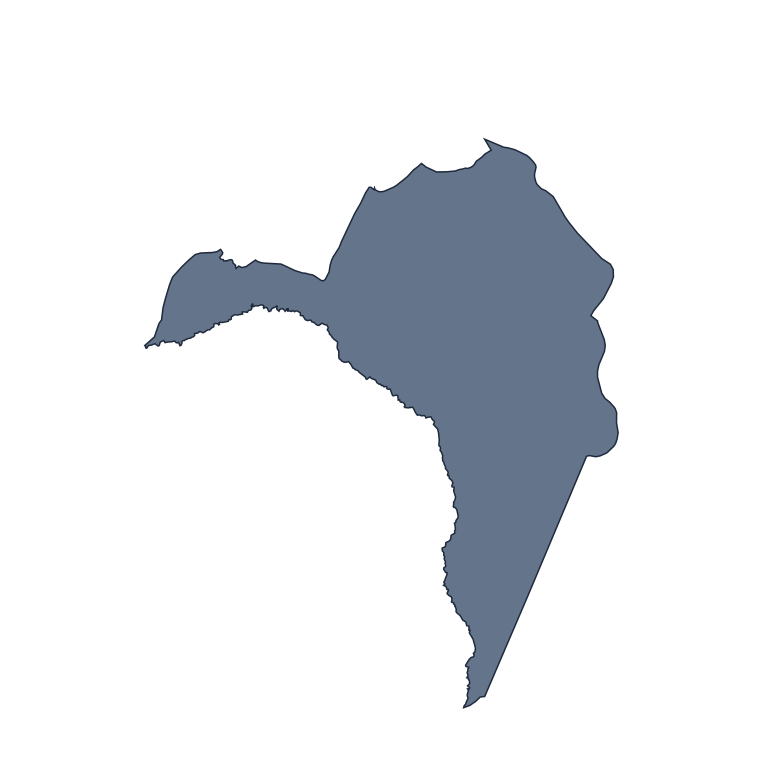 Thpong, Kâmpóng Spœ, Cambodia, rotated 203°
{"feature_id": "14789045B91455576318571", "entity_name": "Thpong", "entity_type": "district", "adm_level": 2, "iso_a3": "KHM", "parent_name": "Cambodia", "parent_adm1": "Kâmpóng Spœ", "projection": "robinson", "projection_center": [104.429, 11.759], "detail": "fine", "context": "isolated", "style": "filled", "palette": "slate", "viewbox_px": 768, "rotation_deg": 203, "n_neighbors": 0, "source": "geoboundaries", "source_scale": "gbopen_adm2", "svg_char_len": 6171}
<svg xmlns="http://www.w3.org/2000/svg" viewBox="0 0 768 768"><g transform="rotate(203 384 384)"><path d="M401.6,381.6L399.8,385.0L397.8,384.2L394.2,384.3L392.6,383.9L391.1,382.5L388.7,381.9L387.1,382.4L385.9,381.6L384.6,382.2L383.6,381.5L382.5,381.5L381.6,382.4L380.5,382.5L379.5,380.9L378.3,380.7L376.6,381.7L376.0,381.4L371.8,376.9L371.0,376.7L368.1,378.7L366.8,378.6L364.6,374.7L363.5,375.6L362.2,374.0L361.0,373.9L359.4,374.4L358.1,374.1L356.2,372.7L356.5,371.0L355.6,370.5L351.8,371.7L351.4,372.5L350.5,372.6L348.6,373.8L347.1,372.9L344.0,370.1L341.1,368.3L339.2,369.5L337.2,369.3L334.6,370.7L333.4,370.4L332.1,369.1L330.7,370.5L328.0,372.1L325.2,369.9L323.6,369.7L322.5,368.1L322.7,366.1L316.9,363.4L314.5,360.0L311.3,354.1L309.4,348.7L307.7,348.2L306.8,346.7L306.5,344.9L304.3,343.5L301.9,340.9L301.3,338.8L299.9,336.2L298.5,335.5L297.1,333.5L295.5,332.4L294.3,330.1L291.4,328.7L290.3,327.6L290.1,325.3L289.6,324.7L288.7,325.2L287.0,322.7L283.9,321.7L281.8,319.7L281.9,317.3L281.3,316.0L279.1,316.3L278.5,315.1L278.7,314.1L277.6,312.2L273.9,307.9L273.4,305.2L273.7,301.9L273.0,301.2L272.4,298.3L271.4,297.7L270.5,298.1L269.0,297.5L267.7,296.5L264.2,291.5L263.6,289.8L264.4,286.6L263.9,284.6L264.8,283.4L263.0,281.1L261.4,277.9L261.6,276.3L260.5,274.3L263.1,271.0L262.0,267.0L262.5,265.1L265.1,262.2L264.1,258.9L264.3,257.8L266.3,255.8L266.1,254.8L265.0,253.1L263.2,252.3L262.0,249.6L260.4,248.5L260.5,246.9L260.0,246.3L257.7,244.1L257.8,242.9L256.1,240.8L256.0,240.0L257.1,238.2L257.0,237.5L256.4,236.6L253.6,234.6L252.2,235.0L251.9,234.4L251.5,232.2L251.5,228.4L251.1,226.8L251.6,225.5L251.1,224.4L249.8,223.7L250.5,221.9L248.3,221.8L247.1,221.3L246.1,219.6L245.4,219.5L244.8,220.0L244.0,219.4L244.2,216.1L243.7,215.5L241.2,214.6L239.1,214.5L237.9,213.5L236.8,211.0L236.9,210.0L236.3,209.5L234.5,209.8L233.7,208.6L232.1,208.1L232.0,207.1L231.4,206.9L229.2,204.5L229.2,203.5L228.1,202.0L223.4,200.6L219.2,197.4L215.6,196.9L213.5,193.9L211.1,194.2L209.7,190.6L208.6,190.9L208.4,188.9L208.0,188.1L202.4,184.0L197.8,178.2L196.6,176.5L195.6,173.2L196.5,171.0L194.9,169.3L195.2,167.6L196.9,166.4L198.0,163.8L199.0,157.0L198.5,156.2L197.8,156.0L195.4,156.5L195.2,155.7L195.5,154.5L195.0,153.6L194.6,150.6L192.5,148.2L193.1,146.0L191.3,146.1L190.8,144.9L190.0,144.7L189.1,143.7L188.1,141.5L189.2,138.9L188.3,138.3L186.7,138.2L186.4,137.5L186.6,136.7L188.0,136.0L186.5,134.7L186.1,130.9L185.5,129.5L183.8,127.7L184.0,123.9L183.8,121.1L184.5,119.2L184.2,117.2L179.3,121.8L175.4,128.1L173.1,133.5L169.2,135.7L168.8,245.6L169.3,396.3L168.6,397.3L166.5,398.5L160.6,399.8L157.0,402.3L152.9,406.6L151.6,408.4L148.1,416.6L147.6,420.2L147.9,424.1L149.5,430.8L154.8,439.1L158.6,448.4L161.4,451.5L163.0,452.6L169.0,455.4L175.0,457.1L180.1,460.7L190.1,473.7L192.5,479.3L193.7,485.7L193.8,500.1L195.4,506.0L198.7,511.1L211.1,523.8L212.1,525.5L220.3,527.7L219.6,533.4L215.4,548.2L214.1,565.4L214.7,572.3L217.7,578.9L222.4,582.7L232.7,584.6L264.8,598.4L277.0,605.0L282.3,608.3L301.4,622.6L310.6,625.1L315.4,625.2L320.9,627.4L322.9,629.0L326.3,633.4L327.5,636.2L328.7,642.8L329.9,644.7L332.9,646.6L338.4,649.2L341.9,650.2L355.1,650.8L361.8,649.9L366.5,648.7L387.0,648.7L376.7,641.1L380.9,635.2L382.7,630.8L386.1,625.1L386.6,621.3L387.6,618.9L388.8,617.3L391.2,615.1L393.6,614.4L395.5,612.7L397.7,611.4L401.8,607.8L409.3,603.8L418.5,599.7L430.0,600.1L435.7,601.7L437.7,597.3L440.4,592.7L443.5,584.0L450.1,571.7L452.2,568.8L459.0,561.6L461.7,559.8L464.1,559.0L466.6,559.2L468.3,559.5L469.3,560.7L469.1,558.9L472.9,560.0L474.5,559.3L475.7,552.4L476.1,541.6L477.6,529.0L478.8,498.5L478.6,492.1L480.4,481.5L480.6,477.4L480.0,472.4L478.3,465.6L478.9,457.5L479.9,455.5L482.1,454.7L489.8,456.3L493.0,456.5L495.7,455.7L499.5,455.3L502.1,454.4L510.4,453.6L525.6,454.2L542.3,448.2L545.6,447.5L548.3,447.4L550.7,447.9L556.8,438.2L560.4,435.6L563.8,435.8L565.3,432.6L566.9,434.5L567.0,435.3L570.3,436.4L571.7,438.5L572.5,438.8L573.4,438.7L575.8,437.1L576.3,436.1L577.4,435.9L579.5,434.6L580.5,435.7L582.5,435.2L583.8,435.5L584.7,436.3L583.5,440.3L583.7,441.8L587.0,444.1L589.5,440.5L593.5,437.9L604.0,432.9L608.4,429.3L612.2,421.6L615.9,412.9L620.4,399.8L620.2,392.0L618.5,376.5L617.2,367.9L613.8,356.0L614.6,352.8L614.7,350.8L613.7,337.6L619.3,325.9L617.9,325.3L617.6,324.3L616.8,324.0L616.3,324.6L615.8,327.3L613.4,328.9L611.1,331.1L610.2,331.6L607.2,330.7L606.3,331.0L606.0,331.8L606.3,335.2L603.7,338.0L601.8,336.5L599.0,338.4L595.8,340.0L594.3,341.2L593.2,341.6L591.4,340.8L590.1,341.2L589.3,342.0L586.8,339.5L586.0,340.2L585.9,342.2L586.6,344.5L586.2,345.2L584.7,346.0L584.2,347.0L581.5,349.8L580.0,350.6L579.0,352.2L577.8,353.1L577.3,354.8L578.1,356.5L575.5,358.0L574.6,359.3L574.5,360.2L573.3,360.5L571.3,360.3L570.0,361.0L567.3,365.1L565.7,365.7L564.7,368.1L563.1,370.1L563.9,372.7L563.3,373.6L560.3,374.6L559.2,373.8L558.7,374.6L559.7,376.1L559.1,376.8L556.9,377.4L551.8,380.9L551.9,382.7L550.5,383.1L550.0,384.0L550.7,386.3L548.5,389.5L546.1,390.1L541.5,393.1L542.7,394.7L541.8,395.4L537.7,396.7L537.7,397.7L537.3,398.8L535.4,400.2L535.2,402.2L536.8,404.0L536.4,406.3L535.7,406.0L535.5,404.6L534.6,404.0L533.0,405.7L530.3,406.8L528.1,408.9L525.9,409.2L525.0,408.8L525.0,407.4L524.2,406.7L523.6,407.7L522.1,408.6L520.2,407.6L519.8,406.9L518.2,405.7L516.7,407.2L516.7,409.4L516.0,410.6L514.6,411.7L513.2,413.9L512.6,413.7L512.3,411.7L511.7,410.8L509.1,410.0L509.1,411.7L507.5,413.5L506.5,413.8L505.7,413.3L504.5,413.2L503.4,412.3L502.8,413.6L502.8,415.3L501.5,415.8L501.2,415.0L501.5,414.2L501.1,413.5L499.2,414.5L498.0,414.4L497.1,415.0L496.5,416.1L494.5,415.6L493.8,416.7L492.6,417.2L489.5,417.0L488.8,416.6L487.7,414.4L485.3,415.1L481.5,412.4L479.2,412.5L476.9,414.0L475.8,414.1L474.8,413.0L472.4,413.3L469.0,412.1L467.7,412.2L466.7,412.6L464.9,415.7L461.8,415.5L459.5,415.9L457.2,414.0L457.4,411.7L454.9,410.4L453.6,408.6L451.9,408.1L450.0,406.7L447.2,405.5L443.8,404.8L442.9,404.0L441.4,399.3L440.4,398.0L438.5,396.6L436.2,391.3L435.2,389.8L433.9,389.6L431.9,388.6L429.2,388.5L427.6,389.1L425.4,390.8L423.5,389.7L422.8,389.6L418.8,386.5L417.2,386.6L416.3,386.0L413.1,386.1L411.3,385.0L404.1,383.2L402.5,381.7L401.6,381.6Z" fill="#64748b" stroke="#1e293b" stroke-width="1.5"/></g></svg>